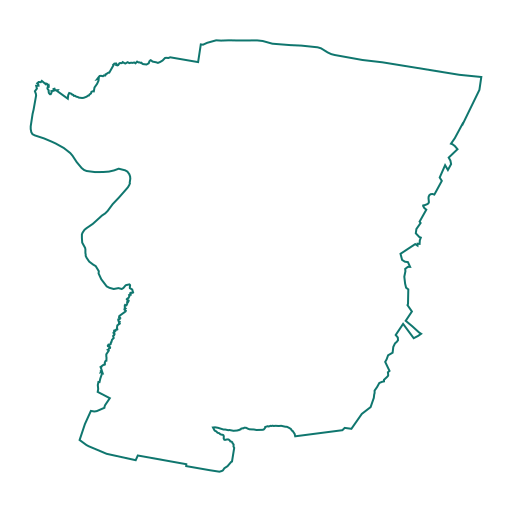 outline of Camden, New South Wales, Australia
{"feature_id": "25037944B29927872698138", "entity_name": "Camden", "entity_type": "district", "adm_level": 2, "iso_a3": "AUS", "parent_name": "Australia", "parent_adm1": "New South Wales", "projection": "mercator", "projection_center": [150.696, -34.016], "detail": "fine", "context": "isolated", "style": "outline", "palette": "teal", "viewbox_px": 512, "rotation_deg": 0, "n_neighbors": 0, "source": "geoboundaries", "source_scale": "gbopen_adm2", "svg_char_len": 5860}
<svg xmlns="http://www.w3.org/2000/svg" viewBox="0 0 512 512"><path d="M462.8,124.0L479.4,89.9L481.3,77.0L459.3,74.8L382.4,62.3L362.5,60.0L334.7,55.0L331.2,54.1L327.6,52.4L321.0,48.3L317.6,47.3L301.3,45.6L290.1,45.1L272.4,43.7L262.7,41.0L257.2,40.4L238.3,40.5L229.2,40.3L221.0,40.6L216.2,40.3L207.2,42.8L203.0,44.7L200.8,44.4L198.1,62.1L170.2,57.3L168.4,58.0L166.1,57.8L165.0,58.0L162.6,60.5L160.1,62.0L157.9,62.9L156.2,62.3L152.6,61.6L151.1,60.4L150.5,60.2L149.4,61.3L148.7,63.3L146.5,64.5L143.1,64.1L142.4,63.8L141.4,62.7L140.7,62.9L139.6,62.4L138.4,62.4L137.1,61.6L135.5,63.3L134.3,62.5L132.4,62.9L131.1,62.7L129.3,63.1L127.6,62.2L125.4,63.5L124.5,63.2L122.7,62.1L122.0,63.0L121.1,63.2L120.2,63.0L119.4,63.3L118.2,65.1L117.4,65.4L116.2,65.0L116.5,64.1L116.2,63.5L114.4,63.6L113.3,64.7L113.6,65.0L109.3,72.6L108.8,72.5L107.3,73.3L106.7,73.9L105.6,74.3L105.4,75.4L105.1,75.6L103.9,75.4L103.0,76.2L100.9,75.8L99.6,76.0L98.0,78.0L97.1,79.2L98.7,78.7L98.5,80.7L97.1,83.8L94.5,87.5L93.8,91.4L92.6,91.3L91.4,91.9L91.0,93.4L89.4,94.6L88.9,95.5L87.9,95.7L86.6,96.7L83.7,97.8L82.1,98.0L78.8,97.6L77.8,97.0L76.3,96.7L75.2,95.9L73.9,95.9L73.3,94.9L72.2,94.7L71.5,93.8L69.2,93.0L68.2,95.1L67.8,98.7L57.1,91.0L57.7,90.2L55.1,90.3L54.5,88.7L53.5,89.0L53.7,90.3L53.5,90.8L51.4,91.1L51.6,92.3L51.0,93.8L50.7,94.2L49.9,94.2L48.9,93.0L48.6,91.7L48.8,90.9L48.4,89.9L47.8,89.3L47.4,88.2L47.7,87.2L48.7,87.0L48.8,85.7L48.6,84.9L47.7,85.3L47.3,84.1L46.7,83.7L45.9,83.5L45.6,84.1L41.8,80.9L40.8,82.2L38.7,82.0L37.2,83.3L38.3,84.3L38.5,85.7L36.2,85.8L36.9,88.6L34.9,91.2L35.9,93.9L36.1,95.5L33.6,109.6L32.6,113.8L30.7,126.3L30.7,129.1L31.3,132.2L32.5,134.2L34.8,135.4L44.0,138.4L51.8,141.7L55.7,143.5L63.8,148.0L70.3,153.1L72.5,155.7L76.7,162.1L81.6,168.0L84.1,170.0L86.6,171.0L95.1,172.1L103.4,172.0L108.9,171.6L114.1,170.4L118.7,168.7L125.1,170.3L127.4,171.6L129.3,174.2L130.1,176.5L130.3,178.7L129.7,182.7L129.9,183.4L129.2,185.1L127.9,187.3L126.0,189.5L118.8,197.7L112.7,204.1L107.6,211.0L105.2,213.4L101.9,215.6L92.9,223.8L86.6,228.1L84.5,229.8L82.6,232.6L81.9,234.4L81.9,237.9L82.2,242.6L85.1,247.9L85.4,249.4L85.4,253.0L85.7,254.5L85.7,255.9L86.6,257.8L89.2,261.6L93.3,264.7L95.7,266.1L98.8,271.2L98.6,273.5L101.3,279.3L106.7,286.4L109.4,287.8L113.7,289.0L118.5,288.1L121.7,289.0L123.4,288.0L125.4,285.6L126.1,285.1L129.4,284.4L130.0,285.0L130.1,285.5L129.8,287.2L129.9,288.2L132.2,289.5L133.1,292.5L132.6,292.8L130.9,292.7L130.2,293.2L130.7,294.0L130.7,294.8L129.1,295.1L129.4,296.2L128.5,298.0L127.6,298.4L126.8,299.2L127.7,300.6L128.5,300.4L128.7,300.7L128.1,302.0L127.1,302.2L127.3,303.6L126.4,305.4L125.8,305.4L125.1,304.9L124.8,305.3L124.8,307.8L125.5,308.4L124.5,309.0L124.4,309.4L124.7,309.9L125.8,310.7L125.6,311.4L119.4,315.9L119.0,317.3L119.3,317.7L119.9,317.6L120.2,318.0L119.8,318.3L119.6,319.2L118.3,319.4L118.2,319.9L118.8,321.7L119.6,321.9L119.1,323.0L119.7,323.3L119.8,323.6L117.3,325.4L116.9,328.4L117.4,329.2L117.3,329.5L115.9,329.8L115.5,330.7L114.9,330.3L114.2,330.5L114.0,331.1L114.3,331.5L114.2,331.8L114.3,332.6L113.6,333.0L114.5,333.9L114.5,334.4L114.1,335.2L113.6,335.3L113.1,336.0L113.7,338.0L112.0,339.8L111.4,342.1L110.9,342.4L110.8,343.9L110.1,344.4L108.5,344.6L107.8,345.7L107.9,346.1L109.3,346.0L109.5,346.8L110.1,347.3L110.1,347.7L110.0,348.0L109.1,348.1L108.7,349.3L107.9,349.8L108.6,350.2L108.8,350.6L106.3,354.3L106.3,356.3L106.5,357.6L106.4,360.7L105.6,360.9L104.9,362.2L104.7,363.2L105.0,364.0L104.7,364.7L103.4,364.9L100.6,367.0L101.2,367.6L101.0,368.2L101.7,370.2L100.8,371.0L101.0,371.6L100.7,372.3L102.2,371.9L102.7,373.4L102.1,373.3L100.3,378.6L99.5,382.1L98.4,382.0L97.8,385.1L98.2,389.0L97.7,391.9L109.8,398.2L105.2,405.0L104.6,406.4L104.4,407.8L96.8,411.1L94.3,411.5L90.9,410.9L84.9,424.1L79.6,440.0L86.4,445.0L88.6,446.2L106.6,453.8L135.7,460.2L137.8,455.5L186.3,464.2L186.2,466.1L209.7,470.2L219.4,471.7L221.8,471.0L222.9,470.4L224.4,468.2L227.5,466.2L231.1,462.0L232.0,461.5L234.2,447.9L233.5,446.5L233.6,444.5L232.5,443.1L232.3,442.3L231.6,441.7L230.3,441.4L229.9,440.6L228.6,439.5L227.2,439.4L225.0,439.9L224.3,439.7L223.7,438.5L223.8,436.2L223.3,435.1L222.6,434.8L221.2,434.6L220.1,434.1L219.4,433.3L217.5,432.7L216.3,431.4L215.1,430.9L214.4,430.2L213.0,427.5L215.0,427.3L218.0,427.8L223.4,429.5L225.1,429.5L228.3,430.2L229.4,430.0L233.5,430.8L237.3,430.5L238.3,430.1L238.8,430.2L239.7,429.6L240.5,429.5L241.1,428.7L242.4,428.3L243.1,428.4L244.4,427.7L246.1,427.8L248.3,428.9L249.6,429.3L254.0,429.5L256.5,430.0L262.9,429.8L264.0,429.3L265.1,427.8L265.2,427.0L267.7,426.2L268.7,426.5L270.6,425.8L271.5,426.0L272.7,425.7L273.7,426.0L275.6,425.8L278.8,426.0L281.2,425.8L285.2,426.7L286.9,426.8L288.6,427.6L290.8,428.9L291.9,430.6L292.6,430.9L294.6,433.8L295.2,436.3L342.4,430.2L344.7,427.9L351.4,428.8L361.8,413.9L370.6,407.1L373.8,397.9L374.2,394.5L374.6,393.0L374.6,390.6L377.1,387.0L379.3,383.0L382.1,381.8L384.0,381.4L384.0,379.8L387.2,376.8L388.1,375.7L388.2,375.0L387.9,372.3L389.5,370.9L385.2,361.9L386.6,359.4L388.1,355.3L392.6,352.7L393.3,346.9L395.0,343.4L396.8,341.8L398.0,340.2L397.8,337.5L395.7,335.0L403.1,323.9L413.7,338.2L418.1,335.9L421.1,333.8L419.0,332.4L412.3,326.3L405.7,320.8L411.9,311.5L407.5,305.1L408.0,304.0L408.3,289.4L406.1,287.7L405.1,283.6L404.3,276.7L405.4,271.3L405.2,268.9L407.8,266.9L410.1,266.9L407.9,262.1L404.9,261.7L402.1,259.9L400.5,253.8L415.2,244.1L417.5,245.6L417.6,243.7L419.6,243.9L419.8,240.4L420.8,237.6L419.3,237.0L415.8,233.3L416.4,229.0L420.6,223.0L419.6,221.6L426.3,209.7L424.2,207.9L423.1,205.9L423.2,205.4L424.9,205.1L427.6,204.0L428.5,203.1L428.9,202.2L428.5,198.0L428.7,196.5L429.5,195.0L430.7,194.2L431.4,194.1L432.6,194.0L434.3,194.6L434.9,193.6L441.8,180.9L439.7,177.5L445.1,165.2L447.9,170.0L451.1,164.1L450.4,160.6L448.7,157.6L457.5,149.2L454.8,146.0L452.4,144.2L451.0,143.7L454.8,138.2L462.6,123.7L462.8,124.0Z" fill="none" stroke="#0f766e" stroke-width="2"/></svg>